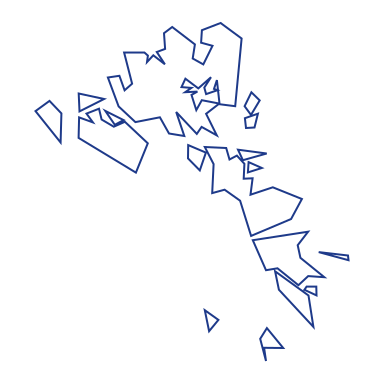 the district of Kota Batam, Kepulauan Riau, Indonesia
{"feature_id": "22746128B16651418017337", "entity_name": "Kota Batam", "entity_type": "district", "adm_level": 2, "iso_a3": "IDN", "parent_name": "Indonesia", "parent_adm1": "Kepulauan Riau", "projection": "albers", "projection_center": [104.04, 0.834], "detail": "medium", "context": "isolated", "style": "outline", "palette": "blue", "viewbox_px": 384, "rotation_deg": 0, "n_neighbors": 0, "source": "geoboundaries", "source_scale": "gbopen_adm2", "svg_char_len": 1890}
<svg xmlns="http://www.w3.org/2000/svg" viewBox="0 0 384 384"><path d="M176.2,112.0L196.8,133.9L201.6,126.9L216.8,135.4L206.1,113.8L218.6,104.1L235.2,106.2L241.6,38.5L220.6,23.0L201.9,30.2L201.1,42.7L212.5,45.8L203.3,64.4L192.7,58.5L194.9,44.4L172.2,27.0L164.0,33.2L165.1,48.9L156.8,52.0L164.9,64.3L153.3,55.3L147.0,62.1L147.9,55.6L144.4,52.5L124.1,52.5L132.1,83.7L124.6,90.3L119.4,75.8L107.9,77.5L118.6,106.4L135.4,122.1L159.9,117.3L169.0,133.5L184.3,136.0L176.2,112.0ZM185.4,78.7L198.3,88.4L211.0,77.2L204.3,87.6L206.1,94.1L217.5,90.2L214.0,88.9L216.9,80.1L219.5,103.6L201.8,100.2L196.3,110.1L191.5,94.9L197.4,91.6L185.2,92.2L191.4,87.9L181.5,87.1L185.4,78.7ZM226.2,148.0L204.8,147.0L213.6,164.1L212.2,193.1L224.6,189.7L240.1,200.7L251.1,235.9L291.1,219.0L301.9,199.0L272.8,187.3L250.5,194.7L252.6,178.3L243.7,178.7L244.4,163.8L236.9,155.6L229.5,159.5L226.2,148.0ZM99.0,108.7L86.5,113.6L92.9,122.4L79.1,117.4L78.6,137.9L135.9,172.6L147.8,143.3L124.9,121.8L113.8,126.7L101.6,119.5L99.0,108.7ZM308.1,231.7L252.8,240.2L266.0,270.2L277.5,268.3L298.4,285.2L308.2,276.1L324.3,277.2L300.4,257.8L297.7,245.2L308.1,231.7ZM275.1,271.3L278.9,289.7L313.4,326.9L308.5,295.5L275.1,271.3ZM49.5,100.9L35.5,111.1L60.6,142.5L61.4,113.4L49.5,100.9ZM104.1,99.0L78.7,93.5L79.5,111.4L104.1,99.0ZM205.9,152.6L188.2,145.1L188.0,158.4L199.8,170.4L205.9,152.6ZM266.9,328.1L260.2,338.8L266.0,361.0L264.1,347.8L283.2,348.0L266.9,328.1ZM266.7,153.5L238.0,149.7L242.9,160.2L266.7,153.5ZM251.4,92.3L244.6,106.2L251.0,114.9L259.7,100.4L251.4,92.3ZM261.8,168.0L248.6,162.1L247.9,172.4L261.8,168.0ZM257.9,113.7L244.9,118.2L246.0,128.0L254.5,127.5L257.9,113.7ZM123.6,120.1L105.3,110.9L114.8,124.8L123.6,120.1ZM348.0,255.5L318.7,252.1L348.5,260.2L348.0,255.5ZM218.4,319.9L204.8,310.2L209.1,331.2L218.4,319.9ZM316.3,286.6L306.6,286.6L304.4,289.8L316.5,295.4L316.3,286.6Z" fill="none" stroke="#1e3a8a" stroke-width="2"/></svg>